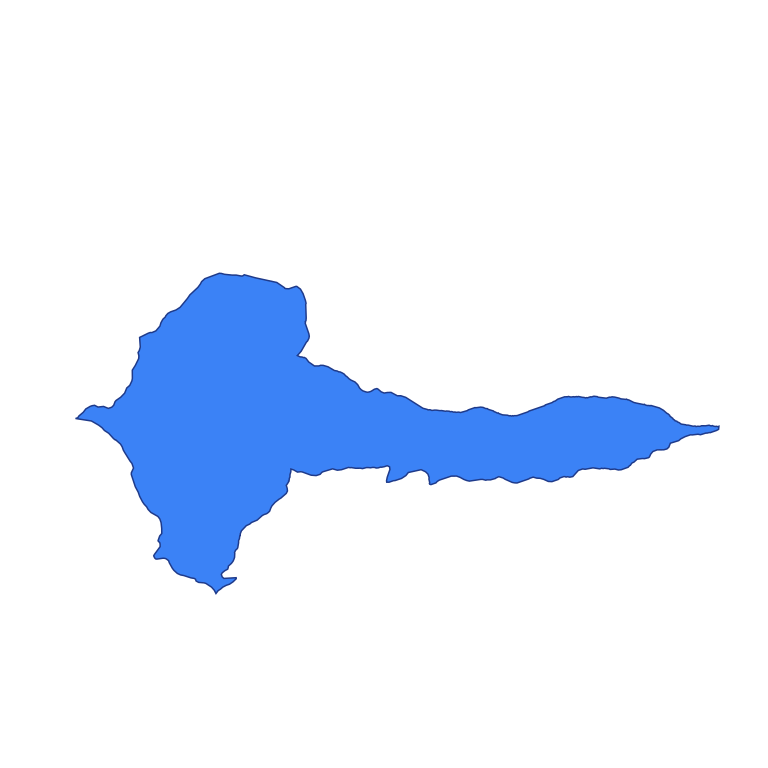 the district of Sarchi, Alajuela, Costa Rica, rotated 251°
{"feature_id": "36466004B48608079710211", "entity_name": "Sarchi", "entity_type": "district", "adm_level": 2, "iso_a3": "CRI", "parent_name": "Costa Rica", "parent_adm1": "Alajuela", "projection": "robinson", "projection_center": [-84.309, 10.161], "detail": "fine", "context": "isolated", "style": "filled", "palette": "blue", "viewbox_px": 768, "rotation_deg": 251, "n_neighbors": 0, "source": "geoboundaries", "source_scale": "gbopen_adm2", "svg_char_len": 6152}
<svg xmlns="http://www.w3.org/2000/svg" viewBox="0 0 768 768"><g transform="rotate(251 384 384)"><path d="M507.6,168.1L498.3,165.6L495.3,163.5L493.8,161.7L490.4,161.4L487.9,160.3L482.6,155.0L479.0,150.5L471.2,147.9L469.1,146.7L465.5,143.2L464.0,139.5L459.8,135.8L457.2,130.7L455.7,125.4L454.9,124.0L451.9,121.5L450.7,119.0L450.7,115.4L454.1,111.5L455.3,106.1L458.1,103.4L458.5,101.0L458.5,98.9L457.5,93.9L455.2,90.5L453.1,85.1L451.8,83.5L451.8,81.1L444.3,95.3L438.0,100.8L434.4,103.2L431.1,104.5L427.0,107.7L420.4,110.5L418.6,111.7L418.6,112.1L413.0,115.3L409.8,116.0L406.4,116.0L403.8,116.5L393.8,118.8L391.0,119.8L386.1,119.8L382.3,116.2L380.7,115.6L367.8,115.4L361.7,116.4L357.2,116.4L351.3,117.3L348.4,118.1L345.1,119.6L342.2,120.1L338.4,121.8L332.4,127.1L329.3,128.1L325.5,128.1L319.8,126.8L315.0,125.2L313.3,122.4L309.5,119.4L308.8,119.4L307.1,120.3L305.6,120.2L303.1,119.4L297.5,111.3L296.5,110.3L294.3,110.5L293.0,111.1L292.4,112.2L291.2,118.4L290.4,120.2L289.4,121.3L287.1,122.8L284.8,122.8L278.6,123.9L276.2,124.7L272.2,126.9L269.7,129.5L268.1,132.3L263.5,138.4L262.0,141.2L260.8,142.2L258.9,142.2L256.8,144.1L254.5,149.2L253.4,150.7L248.1,154.8L244.2,156.4L240.6,156.9L242.6,159.9L243.3,162.7L244.4,165.4L245.0,169.3L245.0,172.8L246.1,176.9L248.0,180.9L249.0,181.1L252.3,169.3L254.3,168.2L256.9,168.2L258.1,169.5L259.3,172.7L259.8,175.9L261.1,176.9L262.5,177.6L264.1,181.4L265.6,183.6L267.1,185.0L268.8,186.3L272.6,187.8L273.3,187.8L275.1,189.5L276.1,191.7L276.8,192.4L281.2,194.8L283.2,195.5L284.9,197.0L287.4,198.2L287.4,198.7L289.1,199.3L291.6,201.4L294.9,207.7L295.3,211.5L296.2,213.7L296.6,219.8L299.2,225.9L299.6,227.9L299.6,230.9L300.2,232.8L301.0,234.5L303.6,236.6L305.3,238.4L307.6,242.5L309.3,247.4L309.7,249.4L312.4,256.0L314.3,257.9L317.0,258.5L320.0,258.6L321.1,260.2L322.8,262.2L323.2,262.2L323.2,262.6L325.8,263.9L326.5,264.7L328.9,265.6L331.3,267.3L333.9,268.3L332.2,270.6L328.9,273.5L328.2,276.6L327.5,278.0L321.5,285.4L319.5,290.0L319.4,294.2L320.7,296.5L320.9,297.7L320.5,307.8L317.7,311.8L316.8,315.9L316.7,323.2L315.8,324.9L315.7,325.7L313.5,329.9L312.1,334.2L311.0,336.1L310.7,340.2L310.2,341.7L309.2,343.9L308.8,346.3L308.0,348.2L307.2,349.1L306.6,351.0L306.5,353.9L306.1,354.6L305.7,357.5L305.7,360.4L303.9,362.3L301.3,361.8L294.8,356.7L291.7,354.9L290.3,354.6L289.5,356.8L289.5,361.5L289.1,363.0L289.0,369.8L290.3,374.9L292.4,378.2L290.9,391.2L287.5,394.7L284.5,396.2L280.9,396.2L279.4,395.5L275.9,395.1L275.0,394.5L274.4,394.6L273.6,395.6L273.6,400.9L274.5,402.5L275.1,405.0L275.0,417.6L273.3,422.7L270.9,425.6L267.8,428.4L265.8,430.8L264.4,433.1L262.3,444.4L261.7,446.2L259.9,448.9L259.8,450.2L258.7,453.5L258.4,458.7L258.7,459.2L259.0,462.4L256.3,466.1L254.6,467.4L249.2,473.2L248.0,475.3L247.1,477.6L247.1,490.2L247.4,490.8L247.4,494.7L245.3,497.7L244.0,500.9L241.8,504.0L238.4,507.6L237.0,511.0L237.0,517.7L237.9,519.8L237.9,523.8L237.5,525.0L236.7,525.8L236.7,527.1L235.4,529.4L235.0,532.4L239.0,539.6L239.0,544.2L237.9,546.4L236.7,554.3L233.5,560.4L233.5,562.3L232.7,563.7L232.6,564.9L230.5,569.2L229.6,570.0L228.4,574.6L226.4,577.6L225.7,580.4L225.8,587.7L226.9,589.7L226.9,590.4L228.3,592.3L228.7,593.3L228.7,594.7L230.5,598.9L229.4,604.1L228.6,606.0L228.2,610.1L228.6,611.2L230.9,613.4L232.6,616.2L232.8,620.8L230.7,627.1L230.5,630.4L231.5,632.7L234.8,635.5L234.5,644.2L235.5,646.7L236.2,651.6L236.2,657.2L235.5,658.9L234.3,664.5L233.0,666.7L232.8,672.6L232.4,673.3L232.2,675.8L231.8,676.5L231.8,683.3L232.2,685.6L235.0,686.9L235.0,685.7L235.8,684.5L235.9,683.6L236.7,682.1L237.8,680.9L237.8,679.9L238.3,679.0L239.2,678.0L239.8,674.4L241.1,670.8L241.1,668.8L241.9,667.0L242.2,665.1L243.0,664.5L243.4,662.6L246.2,658.1L246.6,656.6L247.2,656.1L249.3,652.0L251.5,650.4L252.6,649.1L253.4,648.8L254.5,647.2L255.3,647.0L256.5,646.0L257.4,645.9L260.5,643.9L261.4,643.9L263.5,642.7L264.2,641.9L268.1,639.7L271.7,636.6L276.8,629.4L276.8,628.4L277.4,627.6L278.0,625.8L279.2,624.1L280.0,623.7L280.1,622.7L283.8,616.4L285.2,614.2L289.2,610.3L290.0,608.9L290.7,608.5L290.8,607.5L292.8,603.2L294.1,601.7L296.5,597.9L297.6,595.5L297.8,593.6L298.2,592.8L298.2,589.6L301.8,582.2L302.6,581.6L304.1,578.5L304.3,575.5L304.7,575.0L304.7,571.8L305.2,571.0L305.2,570.0L306.1,568.9L306.9,567.1L308.9,563.8L308.9,562.8L309.4,562.2L309.4,561.2L309.8,560.6L309.8,559.6L310.3,559.1L310.8,556.5L312.2,554.3L312.2,553.3L313.1,550.6L313.1,543.3L312.2,540.5L312.2,538.5L311.7,536.9L311.7,529.6L311.2,529.1L311.2,512.4L310.8,510.9L310.8,499.4L311.7,496.7L311.7,495.7L312.2,495.2L312.2,494.1L313.0,493.0L313.1,492.1L314.3,490.6L316.2,486.1L318.7,483.0L319.5,482.6L319.6,481.7L321.2,480.2L322.1,479.0L322.8,478.8L326.1,474.3L327.0,473.8L327.8,472.0L329.6,470.1L330.7,467.8L331.7,462.9L332.1,462.4L332.1,455.1L331.7,454.3L332.1,447.1L333.1,445.5L333.8,442.7L334.5,442.0L334.5,441.0L335.9,439.1L336.3,437.5L337.0,436.9L338.1,434.3L338.2,433.3L340.1,429.9L340.7,428.0L342.1,425.3L342.8,423.5L343.4,420.7L344.7,419.1L345.2,417.2L345.9,416.6L348.4,412.9L364.3,400.2L367.4,396.1L368.5,392.8L373.8,387.9L374.9,384.3L375.4,381.2L377.5,378.8L381.1,376.7L382.0,375.8L382.2,373.2L381.3,369.5L381.3,367.5L381.6,365.6L382.5,364.2L384.3,361.9L386.0,360.6L388.1,359.6L392.0,358.9L395.4,357.2L398.4,354.1L400.1,352.8L403.3,351.2L404.2,350.4L406.3,349.6L408.2,348.0L409.8,346.3L410.2,345.2L411.5,344.0L412.9,341.5L418.5,336.7L421.4,332.6L422.3,330.2L422.3,328.3L423.7,324.1L429.3,320.0L433.6,318.6L435.1,317.2L435.1,316.6L436.2,315.3L436.9,313.6L439.1,311.3L441.9,316.3L448.8,324.2L449.6,325.8L451.7,327.9L453.5,328.9L455.8,329.3L467.1,329.3L468.1,329.9L468.7,329.9L469.2,330.8L471.7,331.9L484.7,335.9L485.7,336.6L488.6,336.9L495.7,336.9L500.9,335.9L504.7,333.3L505.0,332.3L505.0,325.0L506.2,322.1L506.8,321.3L507.4,321.3L514.9,315.7L526.2,297.1L532.8,287.4L532.2,285.7L532.5,284.3L535.1,279.7L536.4,275.9L539.6,269.0L541.5,266.2L542.3,264.4L541.9,248.9L540.2,244.9L538.3,242.9L535.9,239.4L531.5,229.5L528.9,226.0L522.9,216.2L521.7,211.3L521.7,205.8L521.1,202.6L519.6,200.0L518.4,198.8L517.5,196.5L516.6,195.3L514.5,193.0L511.7,191.0L508.5,185.6L508.2,181.4L508.8,179.7L508.8,177.6L507.6,168.1Z" fill="#3b82f6" stroke="#1e3a8a" stroke-width="1.5"/></g></svg>